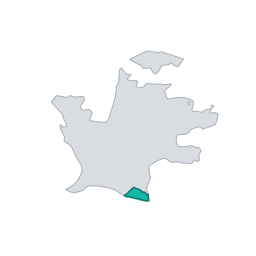 where Xaçmaz sits in Azerbaijan, rotated 139°
{"feature_id": "AZE-1730", "entity_name": "Xaçmaz", "entity_type": "District", "adm_level": 1, "iso_a3": "AZE", "parent_name": "Azerbaijan", "parent_adm1": "", "projection": "albers", "projection_center": [48.76, 41.597], "detail": "fine", "context": "in_parent", "style": "filled", "palette": "teal", "viewbox_px": 256, "rotation_deg": 139, "n_neighbors": 0, "source": "natural_earth", "source_scale": "10m", "svg_char_len": 3695}
<svg xmlns="http://www.w3.org/2000/svg" viewBox="0 0 256 256"><g transform="rotate(139 128 128)"><path d="M168.9,197.8L168.0,197.8L161.5,199.3L160.1,198.8L154.6,191.7L153.4,190.9L151.0,190.6L149.6,189.4L148.5,187.5L147.9,186.1L142.1,182.2L141.3,180.8L141.2,179.5L142.1,178.4L143.0,177.5L145.8,176.6L149.1,175.8L150.2,175.2L150.7,174.2L150.7,172.5L150.2,170.9L145.5,167.9L145.0,166.7L144.8,165.1L145.1,163.5L145.9,162.2L149.7,160.5L151.7,158.7L150.5,156.7L146.4,152.1L141.6,147.1L138.4,147.0L134.6,148.5L128.6,152.7L125.2,154.4L120.9,157.4L116.1,160.7L112.2,164.2L109.7,167.1L105.4,168.3L103.1,170.7L95.7,177.9L93.7,177.8L93.7,174.1L93.9,171.2L93.4,169.5L91.2,167.1L91.2,166.1L91.8,165.5L93.6,166.0L95.9,165.9L97.0,165.0L94.6,161.9L92.5,159.8L90.7,158.4L90.3,157.6L90.3,157.0L90.7,156.3L93.9,154.7L94.3,153.2L94.1,151.5L89.2,148.8L85.4,149.7L82.1,146.7L80.1,144.5L77.5,142.0L75.1,140.6L72.9,137.6L69.0,134.4L66.5,133.5L66.6,133.0L67.1,132.5L68.1,132.0L75.2,132.4L76.1,131.9L76.6,130.6L77.6,128.7L78.8,125.9L78.8,123.5L71.9,119.4L66.9,115.6L63.5,110.8L61.2,106.4L61.4,105.0L62.1,103.7L67.7,99.9L68.1,98.9L68.1,98.2L66.2,96.1L63.8,93.9L63.1,92.4L61.6,91.5L58.7,91.4L53.7,88.6L52.6,88.3L52.4,87.8L52.6,87.3L56.3,86.4L56.3,85.5L55.3,84.4L53.2,83.5L51.4,81.3L50.8,79.5L57.6,74.4L59.6,73.4L63.9,74.6L72.7,78.4L72.0,80.4L72.9,81.5L74.9,83.1L78.8,84.8L82.1,85.7L83.8,85.1L86.4,84.6L89.7,86.4L92.7,88.8L94.2,89.7L95.0,90.0L97.4,89.3L100.3,86.5L101.4,83.0L101.8,81.4L100.2,79.0L96.9,76.4L93.2,74.1L90.9,72.1L89.4,68.2L87.9,67.8L87.5,67.3L87.3,65.9L87.4,64.1L88.0,62.7L89.5,62.2L91.1,62.0L92.5,60.7L94.3,58.1L95.1,56.7L98.3,57.6L98.7,60.0L99.2,60.5L100.6,60.2L102.9,59.3L104.6,60.1L106.9,62.9L110.0,66.0L111.7,68.0L112.3,69.4L114.0,70.8L116.3,72.4L118.2,74.9L119.8,80.6L121.5,82.0L127.6,84.2L129.8,84.7L135.9,85.5L138.0,85.0L141.2,80.1L144.1,75.1L146.7,74.0L151.4,71.6L154.3,69.3L155.5,66.8L158.2,62.1L159.8,59.5L162.6,61.8L167.4,68.2L174.3,78.6L176.1,81.5L177.2,84.9L178.2,89.0L179.8,92.7L186.9,101.8L190.0,105.2L195.0,109.5L196.8,110.5L199.2,110.7L203.4,110.7L207.4,112.4L209.4,113.5L211.5,115.2L213.3,117.2L215.2,122.6L208.3,120.9L201.4,121.3L197.5,122.5L193.7,124.1L190.0,126.4L187.8,130.7L185.9,140.8L183.1,150.2L183.3,154.6L184.6,158.7L184.4,160.7L183.1,161.6L181.5,163.3L179.4,172.0L178.3,173.7L176.9,174.8L176.5,173.8L176.6,171.5L173.5,169.5L171.8,171.8L170.7,176.5L168.5,181.5L168.4,182.4L168.9,197.8ZM66.6,107.5L67.0,106.2L66.1,105.6L65.2,105.5L64.4,106.1L64.3,107.8L65.4,108.2L66.6,107.5ZM42.2,145.8L41.2,144.3L40.8,143.5L43.9,143.0L49.1,141.4L50.5,142.4L51.9,144.3L52.6,146.0L52.6,149.0L53.2,149.5L55.7,148.6L56.8,149.8L58.6,151.4L61.9,152.9L66.8,150.9L69.3,150.4L71.2,150.5L72.3,151.2L72.6,153.6L72.1,156.4L71.5,158.0L72.5,159.2L76.3,162.1L77.9,163.7L77.0,166.3L79.8,172.9L80.7,175.5L81.8,178.6L75.7,177.2L64.9,174.2L61.9,172.7L59.2,169.0L57.6,167.2L55.2,164.8L53.1,163.9L51.6,162.3L50.9,159.9L49.6,157.8L47.5,155.2L42.8,146.6L42.2,145.8ZM51.1,90.2L50.4,90.6L49.4,90.1L49.1,89.1L49.3,88.0L50.3,87.8L51.1,88.1L51.3,89.1L51.1,90.2Z" fill="#d9dde1" stroke="#a8b0b8" stroke-width="1"/><path d="M156.5,64.5L158.5,61.8L160.0,59.5L160.3,59.7L161.2,60.3L162.3,61.3L165.0,65.0L166.0,66.1L166.4,66.7L166.6,67.7L168.7,70.0L169.9,72.5L170.5,72.8L171.0,73.3L171.4,73.9L171.6,74.4L172.3,75.5L172.5,75.7L172.6,75.9L173.4,76.1L173.6,76.3L174.1,76.9L175.2,79.3L173.4,79.4L171.8,79.1L170.4,79.0L169.0,79.5L167.9,79.4L167.0,79.1L166.0,79.5L165.0,79.6L164.4,79.1L163.7,79.4L162.9,79.6L162.4,78.8L161.8,77.7L161.3,76.6L160.5,75.4L159.9,74.2L159.5,72.5L158.9,71.2L159.4,70.5L159.4,69.7L158.7,69.5L157.9,69.4L157.3,67.5L158.0,65.3L157.2,64.4L156.5,64.5Z" fill="#14b8a6" stroke="#0f766e" stroke-width="1.5"/></g></svg>